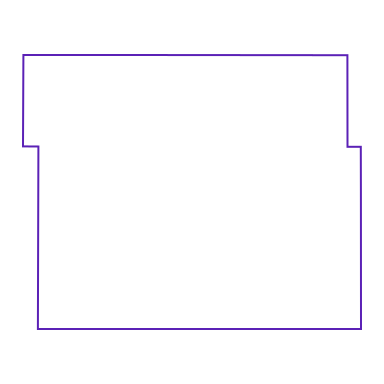 Wells, North Dakota, United States of America (Robinson projection)
{"feature_id": "52423323B624254264664", "entity_name": "Wells", "entity_type": "district", "adm_level": 2, "iso_a3": "USA", "parent_name": "United States of America", "parent_adm1": "North Dakota", "projection": "robinson", "projection_center": [-99.663, 47.587], "detail": "fine", "context": "isolated", "style": "outline", "palette": "violet", "viewbox_px": 384, "rotation_deg": 0, "n_neighbors": 0, "source": "geoboundaries", "source_scale": "gbopen_adm2", "svg_char_len": 262}
<svg xmlns="http://www.w3.org/2000/svg" viewBox="0 0 384 384"><path d="M23.4,55.0L23.0,146.4L38.4,146.5L37.9,329.0L270.6,329.0L361.0,329.0L360.9,191.8L360.8,146.8L347.5,146.8L347.4,55.2L131.3,55.0L23.4,55.0Z" fill="none" stroke="#5b21b6" stroke-width="2"/></svg>